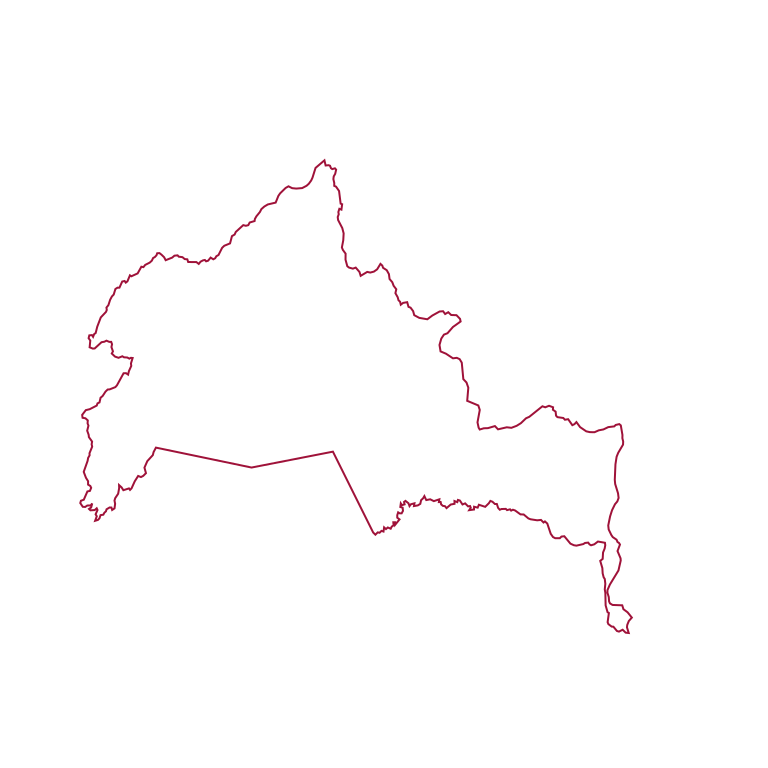 Alvorada D'Oeste, Rondônia, Brazil, rotated 194°
{"feature_id": "56859067B19178771138394", "entity_name": "Alvorada D'Oeste", "entity_type": "district", "adm_level": 2, "iso_a3": "BRA", "parent_name": "Brazil", "parent_adm1": "Rondônia", "projection": "equal_earth", "projection_center": [-62.615, -11.332], "detail": "fine", "context": "isolated", "style": "outline", "palette": "rose", "viewbox_px": 768, "rotation_deg": 194, "n_neighbors": 0, "source": "geoboundaries", "source_scale": "gbopen_adm2", "svg_char_len": 6154}
<svg xmlns="http://www.w3.org/2000/svg" viewBox="0 0 768 768"><g transform="rotate(194 384 384)"><path d="M681.7,357.0L679.5,355.1L678.5,348.4L675.1,347.9L673.3,348.5L668.2,356.2L665.5,357.4L663.8,358.9L660.7,358.4L658.9,358.9L657.5,356.8L657.4,353.9L654.9,350.1L655.5,347.7L651.6,345.5L647.9,345.2L644.6,347.6L642.7,347.0L639.5,347.6L637.2,347.0L635.9,348.2L634.2,348.4L634.5,342.7L633.6,340.4L634.6,334.9L634.6,331.2L636.9,332.1L639.3,331.4L642.8,318.1L643.9,316.0L648.9,312.4L650.8,311.8L652.4,309.2L654.1,304.3L655.7,302.1L655.6,297.3L657.3,295.9L657.5,293.6L663.4,288.4L667.0,286.5L669.4,281.0L668.3,278.3L665.4,278.5L662.6,277.0L662.1,274.1L660.7,272.1L660.7,266.9L658.3,263.3L657.5,261.1L653.3,257.5L653.1,254.8L652.0,252.6L653.0,245.6L652.4,243.6L653.2,240.7L653.0,237.7L654.1,226.1L650.5,220.9L647.6,218.1L646.8,214.8L644.3,214.0L643.0,212.4L643.5,209.1L645.8,208.0L647.3,199.1L649.8,197.4L649.9,195.0L646.6,192.0L644.2,192.4L642.5,194.3L639.3,195.2L638.2,197.5L638.3,193.3L640.0,191.4L638.3,190.4L634.2,191.7L632.7,193.9L631.5,192.4L632.3,187.8L630.7,186.2L631.2,181.4L628.7,182.9L627.6,184.8L627.3,188.2L624.7,189.3L624.2,191.4L623.0,193.2L622.9,195.3L620.4,197.8L618.6,198.2L617.3,196.0L615.4,198.1L615.9,202.7L617.3,205.7L617.2,208.2L615.4,213.2L615.8,219.0L616.6,221.8L613.6,220.2L611.2,217.9L606.2,221.0L604.8,219.8L603.7,221.7L602.3,229.3L600.3,235.3L597.3,234.9L595.4,236.6L593.4,239.9L596.2,244.9L595.0,251.9L591.1,259.1L591.1,262.2L589.9,267.1L492.3,270.9L417.2,306.0L358.6,237.3L355.9,235.7L354.2,238.5L352.3,238.6L350.9,240.9L348.8,240.7L349.2,244.9L347.0,243.7L345.6,245.7L342.5,245.2L342.0,247.5L340.5,249.2L341.5,252.1L339.8,252.5L339.1,250.1L336.2,256.4L338.8,257.5L339.4,259.9L339.2,262.9L337.5,262.3L335.6,262.8L334.9,265.5L336.0,268.5L338.4,268.6L338.8,272.2L337.3,270.8L334.9,272.2L336.0,274.4L334.9,275.8L331.4,274.2L329.7,271.7L328.8,273.8L325.6,275.6L325.4,272.8L321.8,274.4L319.8,276.5L319.9,280.2L318.4,282.6L317.7,285.0L314.9,281.6L311.3,283.3L307.3,282.4L302.4,285.5L302.2,282.7L300.5,283.2L299.4,281.0L297.4,280.0L295.3,280.2L293.3,278.7L290.1,283.2L286.6,284.8L287.3,287.5L284.3,287.1L284.2,289.4L282.2,289.3L278.7,286.1L276.4,287.8L272.8,285.6L271.0,286.4L269.9,284.9L270.8,282.2L266.3,284.0L266.9,286.7L263.2,286.7L262.7,289.8L256.1,289.3L253.4,293.7L252.5,296.3L250.3,296.0L247.4,294.4L245.5,294.9L243.3,291.4L241.2,290.0L239.8,291.1L235.6,292.3L234.1,291.4L231.4,292.9L230.0,291.9L228.5,293.2L226.2,293.0L220.0,290.5L216.9,291.2L211.4,288.5L209.1,288.2L202.4,288.8L198.8,290.1L195.7,288.2L194.6,289.6L191.8,288.1L186.0,279.0L183.0,276.4L180.6,275.8L176.1,276.9L174.9,278.9L172.2,279.9L164.5,274.2L160.8,273.5L158.2,273.7L151.9,276.9L150.5,278.4L147.5,279.5L145.8,278.1L144.1,277.6L141.2,279.3L138.3,282.9L131.2,283.4L130.3,281.1L130.1,277.7L130.7,273.5L129.5,267.2L131.4,264.7L127.6,258.2L126.0,253.1L124.1,249.6L122.6,248.2L120.9,243.6L120.1,238.1L118.7,234.9L115.4,222.8L111.9,216.7L110.4,216.2L109.4,207.0L108.2,205.3L104.4,203.7L102.7,204.0L98.2,200.7L96.1,200.6L93.0,203.3L89.4,201.2L86.3,201.6L89.4,206.7L89.7,209.1L89.1,213.3L87.0,217.3L92.4,221.4L97.2,223.4L99.3,226.9L108.8,224.9L111.7,225.8L113.0,227.5L114.4,231.7L116.7,235.5L117.3,238.1L116.3,244.1L111.4,259.8L111.6,270.0L112.3,272.1L117.0,278.4L116.2,285.3L117.5,286.6L119.2,287.2L120.7,289.2L125.0,290.8L126.9,292.5L130.8,297.2L132.2,301.0L132.6,310.2L132.2,316.7L130.8,323.2L129.2,326.5L128.8,330.2L130.5,334.6L135.5,342.9L136.9,346.9L140.0,362.1L140.7,369.7L140.1,373.9L137.4,383.0L138.0,386.0L139.6,389.1L140.3,392.2L144.2,401.1L146.0,402.0L149.3,400.3L150.3,398.6L156.0,396.4L160.1,393.0L164.4,391.0L168.0,388.2L172.5,387.1L176.3,387.0L183.3,389.6L188.1,393.6L189.5,391.1L191.3,389.6L196.8,394.4L199.8,393.1L201.8,394.4L207.7,393.8L209.4,394.9L210.8,398.7L213.9,399.9L214.3,402.3L218.6,402.8L221.9,400.4L224.9,400.7L235.1,387.3L237.9,385.1L241.7,379.1L245.2,375.5L249.8,372.3L254.4,371.7L262.4,367.6L266.2,370.0L272.5,366.3L276.4,365.2L280.1,363.0L281.6,364.5L284.0,369.4L284.8,382.0L287.3,386.0L299.2,387.8L301.3,400.8L304.3,405.4L308.2,407.9L313.7,423.5L316.6,426.4L319.7,427.0L323.3,425.6L331.2,428.4L337.0,429.3L339.6,435.3L339.4,441.9L337.8,446.4L334.7,448.6L330.9,456.0L324.8,463.2L326.0,465.6L330.3,468.3L335.5,467.2L339.0,469.2L341.6,466.7L344.3,468.9L347.6,467.8L353.7,462.1L357.6,457.3L365.8,456.7L371.3,458.1L373.4,461.8L376.7,464.5L378.9,464.8L381.3,469.0L385.1,467.3L386.9,465.0L388.3,467.7L390.2,468.8L391.7,471.5L394.9,474.9L395.0,478.9L398.4,481.6L400.6,484.8L404.0,487.2L405.8,491.8L408.9,495.1L413.0,496.5L414.3,498.5L416.5,499.7L418.4,493.6L421.0,490.6L424.3,488.8L427.4,488.7L432.8,483.3L434.9,486.8L439.6,490.1L442.1,488.4L446.1,488.5L448.1,489.4L451.4,495.3L452.8,501.2L456.3,504.1L457.9,506.3L458.3,513.6L459.6,520.4L462.2,525.2L468.2,532.0L469.3,534.8L469.0,537.8L469.9,539.8L469.7,543.2L467.5,542.9L468.1,548.3L469.7,548.5L474.3,560.4L478.3,563.9L480.2,564.2L480.9,567.0L482.7,570.6L483.0,573.3L482.2,576.1L482.3,580.4L483.8,581.4L486.2,580.0L487.7,580.6L489.2,582.7L490.7,582.9L493.5,581.9L495.9,586.6L502.7,577.1L503.3,566.9L503.9,563.8L505.4,560.1L507.1,557.6L510.8,554.3L516.4,552.4L520.5,551.8L524.5,552.7L526.9,550.4L530.9,543.9L532.0,541.0L533.0,533.8L540.2,530.1L543.1,527.2L545.3,524.0L546.0,520.9L548.4,515.8L549.2,512.9L549.0,510.8L553.4,508.2L554.1,505.3L556.3,504.1L559.0,504.1L564.6,495.7L565.1,492.9L567.3,490.7L567.4,483.2L572.4,479.5L574.0,477.0L575.8,469.1L577.6,467.4L578.2,465.2L579.8,463.7L582.8,464.7L584.5,461.1L586.3,460.0L587.8,461.0L589.5,460.2L591.6,458.3L592.8,455.7L595.5,456.9L603.5,455.0L605.0,457.4L607.6,457.0L610.2,458.3L614.0,457.9L615.4,458.9L618.4,457.8L620.1,455.4L625.8,451.3L628.0,453.8L631.1,455.6L633.5,456.7L635.7,456.0L635.9,453.8L637.1,451.7L638.5,450.4L639.1,447.5L640.7,445.1L644.5,441.8L645.7,439.2L647.8,439.1L649.8,431.7L655.2,427.4L656.8,428.0L657.8,421.5L659.1,419.9L660.6,421.2L662.8,420.1L664.0,413.5L665.9,413.0L667.6,411.2L667.9,405.4L669.2,403.1L670.1,399.5L670.5,393.8L671.8,391.0L670.9,388.8L671.2,386.7L674.9,380.1L676.1,370.2L676.1,363.7L677.3,362.3L677.7,359.4L679.2,360.8L681.7,359.9L681.7,357.0Z" fill="none" stroke="#9f1239" stroke-width="2"/></g></svg>